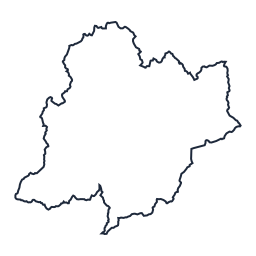 Castrovirreyna, Huancavelica, Peru
{"feature_id": "86281439B87306376910485", "entity_name": "Castrovirreyna", "entity_type": "district", "adm_level": 2, "iso_a3": "PER", "parent_name": "Peru", "parent_adm1": "Huancavelica", "projection": "orthographic", "projection_center": [-75.406, -13.15], "detail": "fine", "context": "isolated", "style": "outline", "palette": "slate", "viewbox_px": 256, "rotation_deg": 0, "n_neighbors": 0, "source": "geoboundaries", "source_scale": "gbopen_adm2", "svg_char_len": 5713}
<svg xmlns="http://www.w3.org/2000/svg" viewBox="0 0 256 256"><path d="M240.6,125.6L239.0,123.1L238.5,122.9L237.2,120.7L235.8,120.2L233.4,117.8L229.6,115.6L227.1,110.9L227.6,109.4L228.3,109.1L229.1,107.7L228.0,104.7L228.5,102.9L227.9,101.3L226.8,100.0L226.6,99.2L226.6,98.3L227.2,97.4L226.9,96.4L227.9,95.3L227.3,92.3L229.3,91.2L229.6,90.2L228.8,88.1L229.5,86.1L228.1,82.2L228.5,81.0L228.7,79.0L227.1,76.4L228.0,75.1L227.4,74.0L227.3,72.6L227.7,70.9L227.5,68.6L226.4,66.8L224.2,66.3L223.9,65.8L224.4,64.0L225.7,61.8L224.2,61.7L222.7,62.0L222.0,61.5L221.4,61.5L219.1,62.8L216.7,63.1L215.9,64.3L214.6,65.1L212.5,65.8L209.4,65.6L206.7,67.3L205.1,67.0L204.5,66.4L202.7,66.6L201.4,67.9L201.4,69.6L200.8,71.0L199.3,72.5L197.6,73.4L196.6,74.4L196.5,75.8L197.7,77.0L197.6,78.3L197.2,78.7L194.3,79.9L193.1,77.4L190.2,73.5L190.0,72.7L188.1,73.7L187.1,71.8L185.5,70.8L184.9,70.8L184.6,68.8L183.2,66.8L182.8,64.9L182.2,64.1L180.6,63.0L179.9,63.8L179.5,63.7L178.9,62.6L179.1,61.5L178.9,61.1L176.0,58.5L174.9,57.9L173.9,56.5L173.2,56.1L172.4,53.9L171.0,53.5L170.1,52.2L169.0,51.5L167.4,52.8L165.4,53.5L165.2,55.1L164.4,56.5L164.6,57.4L163.5,57.5L162.5,58.9L161.6,61.4L160.6,62.3L159.0,62.6L157.4,61.8L156.8,61.3L156.3,60.0L153.5,58.5L152.8,60.5L151.0,60.5L150.5,60.9L149.3,66.2L147.0,66.1L145.8,67.2L145.7,67.6L145.2,67.7L143.9,66.9L140.2,65.4L142.1,63.4L142.6,62.6L142.5,62.0L141.9,60.1L140.3,59.3L139.7,56.3L138.3,54.1L140.7,51.9L140.8,51.6L139.3,50.6L139.4,49.6L139.1,48.9L136.0,47.3L133.8,43.5L133.0,41.2L133.1,39.1L135.6,36.4L134.3,35.2L133.2,32.6L130.3,31.1L129.8,30.1L128.1,28.6L125.6,26.9L124.7,26.8L122.8,28.3L120.5,28.3L118.5,26.8L116.6,22.7L115.5,22.0L110.8,22.7L109.1,23.2L108.1,22.7L107.4,22.9L106.7,23.9L105.9,26.0L105.9,28.4L102.5,28.5L101.7,28.0L101.3,27.0L98.2,27.9L97.6,27.6L96.4,26.0L94.9,25.8L94.3,27.4L94.1,30.9L91.9,35.3L91.0,35.2L89.3,33.8L88.2,35.3L87.3,35.7L86.2,35.4L84.8,33.9L83.7,34.1L83.3,34.5L83.5,35.2L83.3,37.5L82.4,38.5L82.1,39.8L80.9,41.3L76.5,43.6L74.8,43.9L74.0,44.6L72.8,45.3L71.5,45.0L69.3,45.9L69.4,46.6L69.2,48.1L66.9,54.5L65.0,56.7L64.4,58.3L64.3,60.0L63.0,61.1L62.8,61.8L63.4,62.5L63.7,63.5L65.2,65.3L65.1,67.3L66.1,68.4L67.7,69.2L67.9,69.9L67.8,70.4L66.6,71.3L67.7,71.9L68.4,72.8L69.0,74.4L68.8,75.7L70.3,76.7L71.6,78.7L72.1,80.0L71.9,81.0L70.9,82.0L69.9,84.9L70.5,86.5L70.1,87.5L69.5,88.2L67.6,89.3L67.0,91.2L65.0,91.3L64.8,92.2L62.1,94.3L62.0,95.5L62.4,97.0L64.8,100.6L64.9,101.7L62.6,103.3L61.7,103.3L58.4,105.5L56.3,104.0L55.0,103.7L51.5,101.0L51.4,100.3L52.1,98.4L51.8,97.7L50.4,97.1L49.0,97.8L47.3,99.4L46.5,102.1L46.5,103.0L47.0,104.5L46.7,106.7L46.2,107.3L43.8,108.3L43.9,110.2L42.7,111.7L42.4,113.4L40.2,116.6L40.4,117.3L41.5,117.7L42.0,118.4L43.1,123.0L43.6,123.8L43.6,124.9L43.2,125.9L45.5,125.7L47.0,127.0L46.3,129.1L46.8,130.3L45.3,132.4L45.2,133.1L45.7,133.8L44.3,136.1L43.7,138.6L45.8,141.5L46.6,143.2L47.7,144.1L48.4,146.1L48.3,146.4L47.4,146.6L46.2,147.4L44.7,149.6L45.2,151.6L45.3,153.7L43.9,155.1L44.3,156.7L44.1,159.7L44.5,160.9L44.0,162.3L44.3,164.4L43.6,166.9L36.9,173.2L35.0,173.1L34.7,173.7L33.4,174.1L31.5,173.5L30.6,172.8L29.2,173.9L28.8,175.2L28.3,175.7L24.4,177.7L23.7,178.9L22.1,179.6L20.8,182.0L19.9,184.5L19.4,187.7L18.2,190.7L17.7,192.9L17.3,193.4L15.9,194.0L15.4,195.3L15.4,197.6L16.1,198.7L17.3,199.3L20.6,199.6L21.0,200.2L22.6,200.3L23.8,201.1L25.1,201.5L26.6,201.2L27.3,201.9L28.3,202.4L29.5,202.2L30.1,202.4L31.1,202.1L31.9,201.4L32.5,200.2L33.1,199.8L34.3,199.9L35.8,201.3L38.9,202.2L40.3,202.0L41.0,203.0L42.1,203.1L42.9,204.6L43.3,204.8L44.6,204.6L45.2,206.4L46.6,208.5L48.4,209.6L50.2,208.6L50.5,207.8L51.7,206.9L54.0,207.1L54.9,207.0L55.8,206.2L58.1,206.3L58.8,206.0L60.7,204.4L61.1,203.5L62.7,203.2L63.7,201.6L64.5,202.6L66.6,202.5L67.8,203.3L68.8,203.2L69.2,200.9L70.7,199.6L72.1,196.9L73.2,195.6L74.5,196.3L75.2,197.5L77.0,199.2L78.6,199.4L80.5,199.1L84.4,199.2L85.0,199.8L86.4,200.2L87.9,199.6L89.9,199.8L90.2,199.5L90.4,198.5L91.8,195.4L93.6,196.1L94.2,196.0L95.8,194.4L97.2,191.9L98.9,190.5L99.5,188.8L99.4,185.1L100.2,185.8L100.8,187.5L101.3,189.4L101.3,190.8L102.5,192.1L100.4,195.3L102.9,197.6L103.4,199.7L104.0,200.7L104.0,202.2L104.5,203.0L106.8,205.6L108.1,206.0L109.7,207.6L109.6,208.3L108.8,209.1L108.4,210.3L108.4,212.8L107.9,213.3L108.0,214.3L107.6,216.2L108.7,219.3L108.1,220.4L108.6,221.1L108.5,222.0L106.8,223.2L106.8,224.6L105.5,226.0L105.3,227.0L104.6,228.0L104.5,229.1L104.8,230.6L103.7,232.2L102.9,232.2L101.7,233.4L103.2,233.4L104.6,234.0L106.6,233.8L107.6,231.6L111.7,227.8L113.6,227.8L115.1,226.6L116.9,226.0L118.0,225.3L118.3,223.7L118.2,221.6L118.7,220.3L118.3,218.0L119.4,218.1L121.0,217.6L123.6,217.9L125.6,217.3L126.7,217.4L128.1,216.6L130.1,216.0L131.8,214.2L133.6,213.8L134.9,213.7L137.4,214.4L140.4,213.2L141.8,213.1L143.8,215.8L147.1,215.4L148.9,214.3L150.6,214.1L152.3,212.6L153.1,209.7L152.6,207.7L152.9,207.2L154.4,206.5L155.1,204.1L156.9,201.9L156.7,199.8L157.0,199.0L159.0,199.2L160.8,199.0L163.5,200.0L165.7,201.5L166.5,203.1L167.0,203.3L167.6,203.1L168.3,202.3L170.7,201.3L171.5,201.5L172.2,201.1L173.6,198.9L173.5,198.3L172.8,197.5L173.0,197.0L174.7,194.6L175.3,192.8L176.6,192.0L177.8,191.9L177.9,191.1L177.6,190.1L178.2,188.1L179.8,186.0L181.0,183.1L181.0,182.5L179.6,181.0L179.5,180.3L180.8,176.4L181.4,173.8L184.0,171.9L186.6,168.6L187.3,167.3L189.6,166.3L189.7,164.9L192.5,163.1L191.7,161.4L191.1,159.0L191.4,148.9L193.7,148.1L204.7,145.2L205.5,143.0L205.5,141.1L206.3,140.2L207.1,140.2L208.5,140.8L209.6,142.3L211.5,142.5L216.3,141.0L221.0,138.7L221.9,139.2L222.6,138.7L223.6,138.6L224.1,138.3L224.6,136.2L226.3,133.6L227.1,133.0L229.5,131.6L231.6,132.0L232.5,131.5L234.3,129.6L234.8,128.3L236.4,126.9L238.4,126.3L240.0,126.4L240.6,125.6Z" fill="none" stroke="#1e293b" stroke-width="2"/></svg>